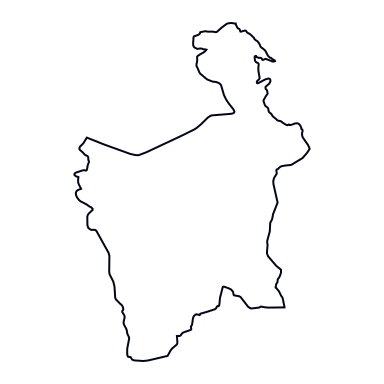 SVG path tracing the border of Potosí
{"feature_id": "BOL-1939", "entity_name": "Potosí", "entity_type": "Department", "adm_level": 1, "iso_a3": "BOL", "parent_name": "Bolivia", "parent_adm1": "", "projection": "robinson", "projection_center": [-66.321, -20.376], "detail": "fine", "context": "isolated", "style": "outline", "palette": "ink", "viewbox_px": 384, "rotation_deg": 0, "n_neighbors": 0, "source": "natural_earth", "source_scale": "10m", "svg_char_len": 5870}
<svg xmlns="http://www.w3.org/2000/svg" viewBox="0 0 384 384"><path d="M85.7,170.6L86.2,170.5L86.8,169.9L87.0,169.2L87.5,166.9L87.6,165.6L88.8,162.4L88.9,161.5L88.9,161.1L88.6,160.7L88.3,159.7L88.3,157.8L88.2,157.3L87.8,156.4L87.2,155.9L85.4,155.1L84.4,154.3L82.6,152.2L79.8,149.8L79.4,149.0L79.5,147.7L80.2,146.4L82.7,144.0L83.7,142.8L86.8,137.6L103.6,144.3L130.2,153.9L135.6,155.1L138.6,155.2L146.5,152.2L182.3,135.4L194.4,129.4L196.7,127.9L200.9,124.4L207.9,117.5L210.3,116.0L211.7,115.4L224.0,114.4L231.1,113.8L232.8,113.4L233.5,113.1L234.1,112.6L234.3,112.0L234.4,111.4L233.3,109.2L229.0,103.8L226.1,99.5L223.9,94.9L221.2,85.6L220.9,84.9L220.2,84.1L219.3,83.3L216.3,82.0L212.6,81.6L207.5,79.6L205.8,78.4L200.9,74.2L200.2,73.6L199.9,73.2L199.4,72.4L197.3,67.5L196.6,66.3L196.5,65.9L196.5,65.1L196.5,64.3L197.1,61.3L197.2,60.5L197.2,59.4L197.1,57.2L197.1,56.8L197.4,56.3L198.0,55.7L199.2,55.0L200.7,54.0L203.3,52.6L205.0,51.4L206.4,49.7L205.0,49.3L203.8,49.3L203.2,49.2L202.0,48.7L201.4,48.5L199.8,48.5L198.3,48.8L197.6,48.9L196.9,48.7L194.9,47.7L194.3,47.3L193.8,46.7L193.5,46.0L193.2,45.2L193.1,43.7L193.5,37.5L193.9,36.4L197.9,35.0L198.6,34.6L199.3,34.1L199.9,33.5L200.3,32.2L204.3,31.4L205.6,31.2L206.6,31.5L208.9,31.7L212.4,31.6L215.4,32.1L216.0,32.1L216.6,32.0L217.2,31.6L221.8,27.5L226.6,23.9L227.3,23.6L228.9,23.2L231.2,23.0L233.2,23.2L234.5,23.6L235.7,23.5L236.0,24.9L236.8,26.5L237.6,28.0L238.3,28.6L238.9,28.8L239.5,29.2L239.9,29.9L240.3,31.5L240.8,31.7L244.7,30.6L245.9,30.7L247.0,32.4L250.5,34.5L254.1,38.0L254.5,39.1L255.6,40.1L257.6,41.4L259.0,43.3L259.7,44.5L260.4,46.4L261.2,47.4L262.3,48.2L263.2,48.8L265.3,50.7L267.8,55.5L269.6,57.5L270.0,57.7L270.8,57.8L271.2,58.0L271.5,58.2L272.0,58.9L274.0,60.1L274.6,60.3L274.8,60.5L275.0,61.1L273.1,61.6L272.2,61.5L270.9,60.8L266.4,59.2L266.0,58.9L265.7,58.8L265.1,59.0L263.4,59.8L263.1,59.9L262.8,59.9L262.4,59.8L262.2,59.5L261.7,58.5L261.5,58.3L261.3,58.1L260.9,57.9L260.5,57.8L258.8,57.9L258.4,57.8L257.8,57.4L257.5,57.3L256.8,57.2L256.5,57.0L256.4,56.8L256.2,56.3L256.1,56.0L255.8,55.9L255.5,56.0L255.2,56.1L254.9,56.3L254.7,56.6L254.6,57.2L254.9,59.6L254.9,60.2L255.0,60.6L255.2,61.0L255.7,61.7L256.1,62.1L256.5,62.4L257.8,63.0L258.4,63.5L258.6,64.0L258.7,64.7L258.3,67.9L258.4,70.7L259.6,78.0L259.6,78.3L259.3,78.9L258.9,79.5L257.5,80.7L257.0,81.4L256.9,81.7L256.8,82.1L256.9,82.6L257.0,83.0L257.4,83.2L257.7,83.3L258.3,83.1L264.7,79.7L265.8,79.2L268.4,78.6L268.7,78.5L269.0,78.6L269.7,78.9L270.0,79.1L270.2,79.5L270.3,79.9L270.4,80.5L270.4,81.2L270.1,82.0L269.5,83.1L269.1,83.7L268.8,84.1L267.9,84.7L265.7,86.7L265.5,87.3L265.5,87.9L265.6,88.6L265.7,88.9L265.9,89.1L266.8,90.1L267.1,90.7L267.3,91.5L267.4,92.4L267.6,93.4L267.6,93.8L267.4,94.1L266.7,94.9L266.3,95.4L263.8,99.8L263.5,100.7L263.5,101.0L264.6,104.3L265.5,106.1L267.4,107.4L267.7,107.8L268.1,108.4L268.3,109.2L268.6,111.0L268.9,111.8L269.7,112.7L271.3,113.9L272.6,116.1L273.3,116.8L276.1,119.0L276.9,119.9L277.9,120.6L280.5,121.1L281.5,121.7L282.4,122.5L285.9,124.7L287.3,125.2L288.5,124.8L288.9,124.5L289.2,124.6L289.5,125.0L290.8,125.0L295.3,123.4L297.1,123.3L298.6,123.7L299.6,124.6L300.5,126.0L301.2,127.5L301.4,128.9L301.6,128.9L302.0,129.3L302.6,130.2L302.6,130.8L302.5,131.4L302.2,132.5L302.0,133.9L302.1,135.2L302.4,136.5L303.0,137.8L307.9,144.8L309.2,147.5L309.6,148.9L307.1,152.8L302.6,158.0L291.6,164.7L290.6,165.0L284.6,165.6L283.4,165.9L281.6,166.2L280.3,166.8L279.1,167.8L278.1,168.9L277.9,169.1L277.6,169.2L276.9,169.4L276.6,169.6L276.4,170.1L276.4,171.5L276.5,171.8L276.8,173.0L276.5,174.1L274.3,177.6L274.0,178.2L273.4,180.4L273.3,181.1L273.4,183.4L273.6,184.8L277.6,202.6L273.1,214.1L272.9,215.1L272.2,218.9L271.7,220.1L270.2,222.9L269.8,231.3L267.3,240.6L267.2,242.0L267.2,242.9L267.6,244.7L267.0,251.7L267.0,253.4L267.1,253.8L268.1,256.3L276.2,265.8L281.0,269.7L281.0,271.9L281.0,272.5L280.8,273.3L279.8,276.2L279.0,277.7L278.3,278.6L278.0,278.8L277.8,279.3L277.7,279.9L277.5,281.8L277.4,282.4L276.5,283.5L276.1,284.6L275.6,287.6L276.1,288.0L276.7,288.4L276.9,288.7L277.5,289.7L278.2,290.3L278.6,290.8L279.5,292.4L281.0,295.5L281.7,296.6L282.3,297.2L282.9,299.3L284.5,307.2L284.5,307.4L268.1,307.6L265.0,307.3L261.0,306.6L260.5,306.7L259.9,307.2L259.5,307.5L251.4,308.5L249.7,307.9L248.0,306.6L240.6,297.1L239.3,296.3L234.0,295.3L233.7,295.0L233.0,291.7L231.2,289.6L228.7,288.3L223.8,286.6L222.8,286.9L220.0,297.9L219.4,304.2L219.2,305.2L218.8,306.0L218.7,306.1L218.5,305.9L217.7,306.0L217.2,306.3L216.8,306.9L216.4,307.5L216.2,308.2L214.8,309.3L207.1,311.8L200.4,313.7L200.1,314.1L199.8,315.0L199.5,315.1L198.6,314.7L197.4,314.6L196.8,314.3L196.2,314.3L195.4,314.7L194.0,315.9L193.3,317.2L192.9,318.8L192.2,323.8L191.8,325.3L191.0,326.3L190.9,326.9L191.2,328.8L191.2,329.5L190.5,330.0L184.0,332.2L182.5,333.0L181.3,334.4L180.8,335.3L180.0,335.8L179.1,336.1L177.9,335.9L176.9,336.0L177.4,342.2L177.2,343.7L176.6,344.7L172.2,348.4L170.5,350.6L167.6,355.9L149.3,360.2L147.2,360.6L143.1,361.0L134.2,360.4L132.3,359.7L131.9,359.2L130.6,357.1L130.3,357.2L128.1,356.7L127.5,355.7L127.2,354.0L127.2,348.8L129.1,338.8L129.1,337.5L127.3,333.7L126.8,330.4L126.3,329.0L124.0,324.6L123.6,323.2L123.6,321.9L124.6,317.7L124.6,316.4L124.0,314.8L122.4,312.3L122.2,311.5L122.4,310.9L123.1,309.8L123.3,309.2L123.1,307.7L122.4,306.1L121.4,304.7L120.2,303.8L117.4,300.9L116.0,299.5L115.5,298.7L115.2,297.7L114.5,286.7L113.3,281.6L109.7,274.5L109.2,272.1L109.4,255.8L108.6,252.9L96.5,231.1L95.5,230.1L94.3,229.8L91.8,229.9L91.0,229.8L88.4,228.1L87.4,225.3L87.3,216.6L87.8,215.0L88.6,213.7L92.6,209.9L92.6,208.7L90.9,207.1L89.4,206.5L86.7,204.5L80.7,201.4L79.4,200.4L78.1,198.9L76.9,197.1L76.0,195.0L75.8,193.0L76.5,191.2L77.8,190.1L81.1,188.8L78.8,184.4L78.1,182.1L78.1,179.5L78.4,177.6L78.3,176.9L76.3,176.5L74.6,175.2L74.4,174.0L75.4,172.8L82.5,170.4L84.3,170.2L85.1,170.4L85.7,170.6Z" fill="none" stroke="#020617" stroke-width="2"/></svg>